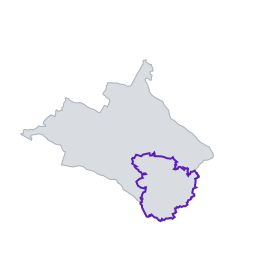 Orientale highlighted on a map of Democratic Republic of the Congo, rotated 119°
{"feature_id": "COD-1559", "entity_name": "Orientale", "entity_type": "Province", "adm_level": 1, "iso_a3": "COD", "parent_name": "Democratic Republic of the Congo", "parent_adm1": "", "projection": "equal_earth", "projection_center": [26.062, 1.632], "detail": "medium", "context": "in_parent", "style": "outline", "palette": "violet", "viewbox_px": 256, "rotation_deg": 119, "n_neighbors": 0, "source": "natural_earth", "source_scale": "10m", "svg_char_len": 5318}
<svg xmlns="http://www.w3.org/2000/svg" viewBox="0 0 256 256"><g transform="rotate(119 128 128)"><path d="M192.5,168.4L179.2,171.2L179.5,172.2L179.4,173.3L179.0,174.1L177.7,176.3L175.7,178.3L175.6,178.8L176.6,181.1L177.3,184.2L177.1,189.6L177.4,191.1L177.3,192.2L176.6,193.5L175.3,200.0L176.2,203.2L178.8,206.1L180.3,208.3L182.9,209.1L183.3,209.0L183.4,207.2L185.5,206.5L185.4,218.1L185.3,218.7L184.9,218.9L184.4,218.5L184.3,217.4L183.7,216.9L181.2,218.3L180.6,218.3L179.9,218.1L179.4,217.5L179.2,216.6L177.5,213.2L176.6,213.0L175.6,209.9L171.7,207.7L170.2,207.5L169.4,206.8L168.6,204.4L167.3,202.9L167.0,201.2L166.7,200.9L165.9,201.3L165.3,204.0L164.4,204.6L162.7,204.7L158.7,203.9L155.8,202.5L155.0,202.6L153.9,201.4L153.4,199.3L153.6,197.7L153.4,197.4L149.0,198.8L147.9,199.6L146.9,199.4L146.6,198.9L147.1,197.8L146.8,196.6L146.5,196.1L145.2,195.6L144.8,194.3L144.0,194.2L143.7,194.3L143.5,195.2L143.1,195.5L140.4,195.1L137.7,196.2L134.0,195.9L132.2,197.3L132.0,197.2L131.6,196.6L131.2,194.4L131.4,193.7L132.0,193.3L132.2,192.4L132.0,190.1L132.1,189.6L131.9,188.3L131.4,186.2L130.6,184.5L128.9,181.9L128.6,180.7L128.7,177.8L129.2,173.2L129.1,169.8L128.4,167.6L128.3,165.2L128.7,161.0L128.3,159.9L119.9,159.6L119.5,159.2L119.3,158.7L119.7,156.1L114.6,156.8L113.1,157.2L112.1,158.3L111.8,159.6L111.8,161.4L111.0,163.2L110.8,166.2L109.4,166.5L108.0,166.5L105.3,165.9L102.6,166.8L101.3,167.6L100.6,167.2L98.2,167.5L97.9,167.3L95.1,161.3L93.9,159.4L93.7,158.4L93.8,157.5L93.4,156.3L92.1,153.2L91.9,151.8L91.9,149.6L91.8,148.8L90.6,146.9L89.9,146.3L89.0,145.9L75.3,146.2L70.7,145.8L67.4,146.1L65.7,145.9L65.3,145.7L63.8,146.1L63.0,146.9L61.8,147.3L61.0,147.1L59.6,144.9L61.5,144.5L61.7,144.3L61.8,139.0L61.2,138.3L62.3,137.4L63.9,135.0L65.6,134.2L65.8,133.7L66.1,133.7L66.7,134.7L68.1,136.0L69.9,134.9L70.1,134.6L70.3,132.3L70.7,132.1L71.5,132.6L71.9,132.6L72.7,131.9L74.9,130.8L75.6,132.2L75.0,133.6L75.2,134.5L75.3,135.9L75.7,136.3L77.4,136.4L77.9,136.1L81.4,130.9L82.3,130.3L83.8,128.2L85.7,127.3L86.6,125.6L87.7,122.7L88.2,118.5L88.0,111.2L88.2,110.3L90.5,107.0L92.9,101.0L94.6,99.5L95.8,98.8L97.7,96.7L99.2,94.5L99.0,91.9L99.3,89.7L100.2,86.9L100.4,84.0L100.1,80.9L100.3,78.3L101.4,74.3L101.5,69.7L102.5,65.8L104.5,60.8L105.5,57.2L105.3,53.5L105.6,50.9L105.5,49.3L105.1,47.9L105.3,47.1L106.1,46.7L107.0,45.4L108.7,41.8L110.6,40.1L111.8,39.5L113.2,39.6L114.0,39.9L115.4,41.3L117.0,42.4L118.2,43.8L119.4,46.0L122.3,46.4L123.5,47.2L124.2,47.5L124.5,47.3L125.1,47.4L126.4,48.1L127.5,47.7L132.8,49.1L133.4,48.4L134.9,44.7L136.0,43.4L137.8,43.3L139.2,44.0L139.9,44.0L146.4,40.8L147.3,40.7L149.6,41.4L151.2,40.9L151.8,41.1L153.1,40.5L154.2,38.3L155.1,37.7L164.4,40.2L165.8,39.0L166.5,38.8L168.6,39.7L169.2,41.1L170.4,42.2L171.3,44.2L172.7,45.3L173.4,46.3L174.2,47.0L175.9,47.3L178.1,45.5L179.6,45.7L181.1,46.7L181.6,46.6L182.8,45.6L183.4,44.5L184.0,44.3L184.9,44.8L185.6,45.8L186.3,47.3L188.6,50.6L190.9,52.0L191.4,54.1L192.3,53.9L192.7,54.1L193.3,55.4L193.7,55.6L193.7,56.1L193.2,57.4L192.7,59.7L193.4,61.1L192.8,63.2L192.5,65.4L193.2,65.9L194.2,65.9L195.0,67.0L195.7,67.2L196.4,68.4L196.3,69.4L194.0,72.9L190.7,77.2L189.6,77.7L189.0,78.5L188.6,79.7L187.6,80.8L186.8,81.2L186.8,84.3L185.7,87.6L185.2,88.2L184.6,93.4L184.7,94.3L184.1,98.6L184.2,102.6L182.6,103.9L181.5,105.8L181.0,107.2L181.0,110.4L179.2,112.4L179.0,112.9L179.5,115.1L180.2,115.5L180.2,116.3L181.7,118.7L181.6,126.3L181.6,127.0L182.4,128.8L182.9,132.2L182.3,136.6L184.4,144.6L183.5,147.5L183.9,150.3L185.1,153.2L187.9,156.1L188.7,157.3L189.4,158.9L190.1,161.3L192.5,168.4Z" fill="#d9dde1" stroke="#a8b0b8" stroke-width="1"/><path d="M168.8,40.1L169.4,41.5L171.1,42.9L171.2,44.7L173.0,45.1L173.2,46.4L173.6,46.2L174.1,47.1L175.0,47.0L175.6,47.8L178.3,45.1L178.7,45.8L179.9,45.6L181.4,47.2L182.8,45.7L183.3,44.0L185.8,45.1L185.7,46.9L186.7,47.4L186.7,48.1L188.1,49.4L188.6,50.9L191.0,51.7L191.1,54.2L192.6,53.6L193.3,55.4L193.7,55.1L193.8,56.3L192.6,59.6L193.4,61.5L192.3,65.5L193.0,65.6L193.5,66.6L194.2,65.9L194.8,67.0L195.7,66.9L196.4,68.8L190.7,77.2L189.0,78.2L188.3,80.4L187.1,80.9L186.2,79.9L184.0,81.2L183.0,80.9L182.7,81.8L183.5,82.7L182.9,83.2L181.3,82.5L180.2,83.2L176.9,83.5L175.3,82.0L171.1,83.6L171.7,84.4L173.0,84.7L173.9,87.7L173.6,91.4L170.9,94.7L166.9,93.3L164.6,91.1L164.5,91.6L161.8,92.8L159.6,90.0L159.3,91.0L161.4,93.6L160.4,95.1L160.6,97.7L159.6,98.5L159.5,101.0L158.6,103.5L158.0,103.5L157.5,102.6L157.1,107.1L155.2,107.2L153.0,109.6L151.8,109.3L151.8,108.5L151.3,107.9L147.4,107.9L146.3,102.7L144.0,102.0L139.6,97.0L141.4,95.4L140.4,93.7L138.8,93.9L138.3,93.3L136.8,93.1L137.9,91.9L139.0,92.2L139.8,91.2L136.7,85.2L135.9,82.4L135.6,79.5L134.3,76.1L133.2,75.0L131.8,74.6L133.1,72.7L133.9,68.7L135.2,69.7L136.8,68.0L137.6,68.9L139.4,67.4L141.6,67.9L141.4,66.6L139.5,64.7L137.8,64.9L137.2,64.4L136.7,63.3L137.4,58.6L136.9,58.6L135.6,60.1L135.4,57.5L134.3,56.6L134.6,55.7L137.2,54.8L138.2,53.6L139.6,54.1L140.6,52.2L139.5,52.2L138.0,51.4L135.8,51.7L135.2,50.6L133.0,49.0L134.1,46.9L134.0,45.8L134.7,45.7L135.0,44.3L135.4,43.4L135.9,43.5L136.2,42.5L136.8,42.4L137.1,43.2L138.2,43.3L139.9,44.7L141.2,43.3L146.0,41.4L147.0,40.4L147.0,39.6L149.4,41.6L153.5,40.4L153.9,37.8L155.2,37.1L157.9,39.1L158.3,38.6L158.7,38.9L159.9,38.5L162.1,40.3L163.8,39.8L164.7,40.4L166.2,38.8L168.8,40.1Z" fill="none" stroke="#5b21b6" stroke-width="2"/></g></svg>